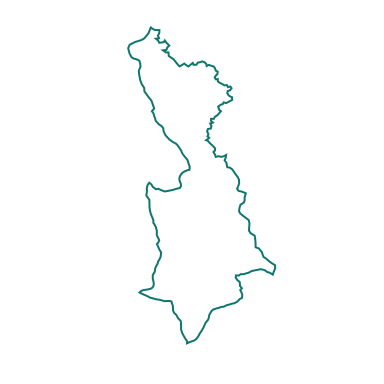 Maracaí, São Paulo, Brazil, rotated 106°
{"feature_id": "56859067B30371822496269", "entity_name": "Maracaí", "entity_type": "district", "adm_level": 2, "iso_a3": "BRA", "parent_name": "Brazil", "parent_adm1": "São Paulo", "projection": "mercator", "projection_center": [-50.769, -22.657], "detail": "fine", "context": "isolated", "style": "outline", "palette": "teal", "viewbox_px": 384, "rotation_deg": 106, "n_neighbors": 0, "source": "geoboundaries", "source_scale": "gbopen_adm2", "svg_char_len": 4112}
<svg xmlns="http://www.w3.org/2000/svg" viewBox="0 0 384 384"><g transform="rotate(106 192 192)"><path d="M338.8,155.1L336.8,152.7L334.3,149.1L332.2,147.4L329.5,146.3L326.2,145.6L321.8,144.2L317.9,143.4L314.0,142.9L310.3,141.3L308.4,141.2L305.4,141.5L301.2,140.5L299.1,139.2L297.1,136.3L295.9,134.1L294.4,132.3L293.5,129.8L291.6,127.9L289.5,124.5L288.2,122.5L287.2,120.5L284.4,117.9L281.7,116.6L280.1,114.8L277.2,115.2L274.6,117.0L273.0,118.6L270.8,117.5L269.1,119.9L265.3,121.4L264.2,124.1L262.2,126.4L260.0,126.7L259.4,124.0L257.6,122.5L256.5,119.0L255.3,117.6L254.2,115.6L251.5,112.8L248.8,107.7L247.3,104.8L247.1,102.7L247.1,100.7L248.1,97.8L248.2,94.7L249.2,91.6L246.7,91.5L242.7,91.0L239.5,92.0L238.4,95.8L237.3,98.8L235.5,102.6L234.7,105.3L233.2,106.5L230.6,108.2L227.8,112.2L227.6,115.6L223.3,116.9L220.0,118.2L216.7,119.7L215.5,124.2L213.4,126.6L206.4,128.1L203.4,129.7L200.9,136.1L199.3,139.8L197.5,141.5L193.7,142.0L190.9,141.9L187.9,139.3L185.7,139.1L182.7,139.9L178.4,139.9L177.9,143.9L178.1,147.5L176.6,149.5L172.5,149.1L170.5,149.1L167.3,150.2L165.1,152.1L163.0,154.9L160.3,158.1L159.1,159.6L158.1,162.5L158.5,164.9L156.6,165.9L154.5,166.9L152.5,169.4L149.9,169.0L147.0,169.4L148.8,171.2L150.2,173.7L150.3,176.5L151.7,178.8L149.3,180.6L147.7,182.4L145.7,181.3L143.5,182.0L141.9,184.8L139.9,188.7L138.5,190.7L138.3,192.7L136.9,191.5L135.2,190.4L134.2,192.5L132.0,192.1L129.4,194.3L127.0,194.0L125.8,191.4L123.2,191.5L121.1,193.4L119.5,191.1L118.3,193.4L116.4,193.9L115.7,191.2L113.3,190.7L111.7,189.1L109.3,187.8L106.4,186.5L105.6,188.4L102.8,190.4L100.1,188.4L99.1,186.7L97.1,186.2L97.2,183.8L95.4,181.9L93.8,180.2L92.4,178.8L89.9,179.6L89.6,181.8L88.9,183.6L87.0,185.5L84.9,185.4L83.9,183.5L81.3,182.6L80.0,184.3L81.3,186.3L79.6,187.9L80.6,190.4L79.8,192.7L79.4,195.6L78.6,197.6L76.3,198.4L77.1,200.1L75.6,201.8L73.6,201.2L71.8,200.1L69.2,200.5L68.8,202.6L66.9,203.8L65.4,205.6L65.4,207.7L65.2,210.9L66.8,212.5L64.9,213.7L63.8,215.7L63.6,218.1L65.2,220.3L66.0,222.1L68.4,222.8L69.3,225.5L67.7,226.8L70.1,228.5L72.3,230.0L71.6,232.6L70.7,234.9L72.7,236.6L74.7,238.7L72.0,242.8L69.5,246.3L67.7,251.8L64.3,253.1L65.0,255.6L63.8,258.9L62.5,255.8L60.0,255.6L57.5,254.2L55.6,257.7L53.8,259.9L55.7,260.4L57.6,264.6L55.7,266.3L54.6,268.9L53.3,266.1L51.1,267.8L47.9,267.3L45.3,268.0L46.5,272.1L46.1,274.7L45.2,276.9L48.2,277.3L50.8,277.5L53.0,278.2L57.2,280.1L58.7,281.3L60.4,283.2L63.3,287.8L67.6,292.5L71.3,293.0L76.1,290.2L79.1,287.3L79.8,284.8L79.7,282.1L80.2,278.9L82.8,277.2L85.9,276.0L88.6,276.4L90.8,276.4L92.8,275.5L94.7,274.7L96.7,273.5L98.5,272.8L101.9,270.3L105.1,266.7L108.5,265.4L110.0,263.3L111.7,261.3L113.7,258.6L115.4,256.1L119.3,253.4L122.2,251.4L125.4,252.8L127.3,250.5L129.5,249.2L131.3,247.8L133.6,246.5L135.2,243.9L136.2,242.3L136.9,239.6L138.6,237.2L141.4,236.1L144.8,233.1L146.2,230.7L147.8,228.2L148.7,225.6L149.4,223.3L149.9,220.9L150.9,219.0L152.8,216.6L155.1,213.9L156.7,212.7L158.3,211.1L159.8,209.0L162.4,205.2L165.0,203.6L168.0,201.3L171.3,200.5L172.4,202.4L174.0,204.5L176.0,206.4L177.9,207.4L180.8,208.0L182.9,207.8L185.0,206.8L187.0,205.1L189.1,204.2L191.5,204.8L192.9,207.3L195.8,211.9L197.3,214.9L199.0,218.3L198.7,222.1L198.2,225.3L199.3,227.4L197.8,231.2L195.9,233.1L194.9,235.7L197.5,236.6L200.9,236.5L203.7,235.5L208.0,234.9L209.2,233.5L211.2,230.9L213.5,230.1L218.9,228.5L221.1,227.4L223.7,226.0L226.1,224.2L228.6,222.2L230.1,221.2L232.3,220.7L233.6,219.0L235.8,217.0L239.2,215.0L243.1,214.0L247.4,210.2L250.0,210.5L251.6,211.4L256.3,207.5L258.6,205.0L262.9,204.3L265.7,204.7L268.3,205.4L270.5,205.3L273.5,206.1L276.2,206.3L278.9,205.8L282.7,206.8L286.3,205.8L289.1,204.1L291.1,203.3L293.4,203.2L295.8,204.3L297.6,207.1L298.6,209.3L299.5,211.3L301.0,213.5L303.1,214.7L303.6,212.1L304.0,209.4L304.5,205.6L305.1,203.4L305.0,201.0L305.0,196.7L304.5,193.5L304.5,191.3L304.5,188.2L303.1,184.3L302.8,181.7L304.5,180.6L306.6,179.1L308.8,178.3L310.7,177.8L313.1,175.9L314.4,173.3L317.1,170.7L319.0,167.4L320.6,166.6L324.3,165.4L327.2,164.6L330.2,162.6L332.3,160.6L333.6,159.3L335.5,157.2L336.9,155.5L338.8,155.1Z" fill="none" stroke="#0f766e" stroke-width="2"/></g></svg>